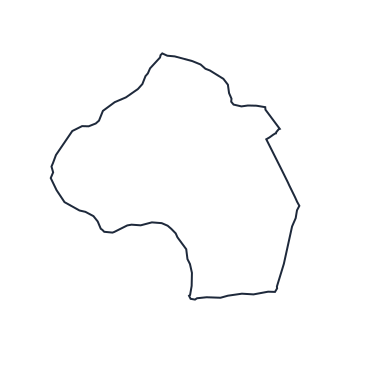 outline of Huité, Zacapa, Guatemala, rotated 324°
{"feature_id": "79465075B89457517012818", "entity_name": "Huité", "entity_type": "district", "adm_level": 2, "iso_a3": "GTM", "parent_name": "Guatemala", "parent_adm1": "Zacapa", "projection": "albers", "projection_center": [-89.697, 14.912], "detail": "fine", "context": "isolated", "style": "outline", "palette": "slate", "viewbox_px": 384, "rotation_deg": 324, "n_neighbors": 0, "source": "geoboundaries", "source_scale": "gbopen_adm2", "svg_char_len": 1304}
<svg xmlns="http://www.w3.org/2000/svg" viewBox="0 0 384 384"><g transform="rotate(324 192 192)"><path d="M200.4,321.6L204.2,320.0L205.1,318.4L224.1,304.1L252.7,278.7L260.5,274.1L266.2,268.5L270.7,266.3L271.3,261.6L272.3,256.8L274.6,243.6L275.2,240.7L277.8,225.4L283.1,193.0L286.8,193.4L291.4,193.4L294.0,193.6L294.4,193.9L294.8,193.6L295.2,193.2L296.9,192.7L299.0,192.2L300.1,192.5L299.8,168.6L301.1,166.4L294.9,160.1L288.1,154.9L282.3,151.8L277.0,145.7L276.8,142.0L278.8,139.7L280.1,133.8L284.1,126.3L283.9,118.9L277.9,104.2L275.3,100.2L273.9,93.9L269.2,86.3L257.7,72.1L252.1,67.2L249.4,62.4L247.0,62.8L245.2,64.4L230.8,67.3L226.0,70.1L222.5,70.9L215.3,75.5L208.8,76.9L194.1,76.6L182.3,73.9L167.6,74.0L158.7,79.6L154.4,80.0L147.0,78.1L141.8,74.1L131.0,72.3L103.7,82.1L96.5,86.9L93.3,88.8L91.2,94.5L85.9,97.7L83.5,111.0L82.9,125.3L90.1,140.8L94.1,145.4L98.1,153.6L98.4,160.4L96.6,168.1L97.2,169.9L97.6,172.6L103.8,178.1L105.5,178.6L120.0,181.0L123.9,182.9L130.9,188.8L141.7,193.0L149.2,199.4L152.5,205.0L153.6,209.7L154.5,215.9L153.6,220.1L153.7,234.9L148.9,243.6L148.0,249.1L144.4,257.4L136.5,267.8L129.9,274.2L128.6,274.2L128.1,277.6L131.2,280.8L133.6,280.9L141.9,285.7L152.9,294.3L160.1,297.0L172.6,303.6L181.6,311.0L195.0,317.4L200.4,321.6Z" fill="none" stroke="#1e293b" stroke-width="2"/></g></svg>